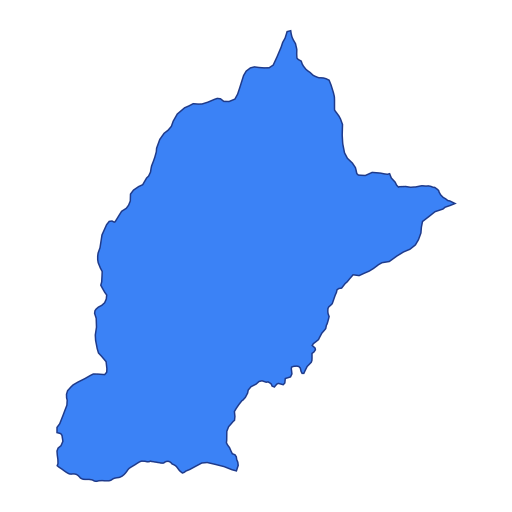 Udzorong, Tashigang, Bhutan
{"feature_id": "84629894B96484165118210", "entity_name": "Udzorong", "entity_type": "district", "adm_level": 2, "iso_a3": "BTN", "parent_name": "Bhutan", "parent_adm1": "Tashigang", "projection": "equal_earth", "projection_center": [91.44, 27.228], "detail": "fine", "context": "isolated", "style": "filled", "palette": "blue", "viewbox_px": 512, "rotation_deg": 0, "n_neighbors": 0, "source": "geoboundaries", "source_scale": "gbopen_adm2", "svg_char_len": 5086}
<svg xmlns="http://www.w3.org/2000/svg" viewBox="0 0 512 512"><path d="M101.7,281.9L100.8,285.2L102.5,288.4L104.8,292.4L106.7,295.0L106.3,299.0L104.6,302.8L101.7,305.4L98.4,307.1L96.1,309.1L95.0,310.7L94.6,313.3L96.2,318.3L96.5,327.2L95.3,335.0L95.6,340.3L97.2,348.6L98.5,353.0L101.5,356.2L106.1,361.7L106.9,368.8L106.7,372.2L104.7,374.6L98.0,374.1L93.3,374.0L90.3,375.5L84.9,378.6L77.9,382.1L73.1,384.9L71.0,386.9L67.6,390.7L66.5,394.3L66.6,397.9L67.2,400.1L66.9,405.2L64.9,410.4L63.1,415.2L59.7,423.8L57.0,427.4L57.0,429.6L57.0,432.6L60.7,433.6L62.0,435.4L62.9,441.3L61.0,445.7L58.1,448.1L57.0,451.0L57.3,455.2L57.9,459.5L58.0,463.6L57.2,465.7L58.9,467.1L62.2,469.3L63.8,470.5L65.9,472.0L67.7,473.1L69.3,473.9L71.1,474.1L72.8,473.9L74.0,473.9L75.2,474.1L76.4,474.4L78.1,475.5L78.8,476.2L79.6,477.0L80.4,478.0L82.3,479.0L83.6,479.3L85.4,479.4L89.1,479.4L91.8,479.8L92.7,480.1L94.1,480.9L95.1,481.2L96.5,481.3L98.0,481.0L98.9,480.7L100.0,480.7L101.7,480.6L102.6,480.6L103.6,480.7L104.7,480.8L105.6,480.8L106.7,480.8L108.9,480.8L110.8,480.3L112.9,478.9L114.5,478.2L117.0,477.7L118.2,477.6L119.7,477.3L120.9,476.7L122.0,476.2L124.1,474.5L125.5,473.0L126.9,471.2L127.6,470.1L128.4,469.1L129.2,468.3L131.0,467.1L135.2,464.6L137.3,463.2L139.5,461.9L140.7,461.4L141.9,461.1L142.9,461.2L143.9,461.2L145.2,461.3L146.3,461.6L147.4,461.8L149.1,461.7L150.6,461.1L151.6,461.5L153.5,461.7L154.8,462.0L156.0,462.1L157.0,462.3L157.9,462.5L159.7,462.7L160.6,463.0L162.6,463.1L163.7,463.0L164.9,462.1L166.2,461.5L167.7,461.3L168.7,461.4L170.1,462.0L171.2,462.9L172.0,463.9L173.8,464.7L175.2,465.5L176.4,466.5L177.4,467.8L178.2,468.9L179.0,470.0L180.2,471.3L182.4,473.0L184.1,472.4L186.0,471.0L189.7,469.5L195.4,466.4L201.8,463.0L207.2,462.5L215.0,464.3L224.1,466.6L231.9,469.7L236.4,470.9L237.3,468.1L238.2,465.4L237.8,462.2L236.7,459.6L236.3,456.8L235.0,454.8L232.3,453.7L231.0,451.1L229.5,447.6L227.7,445.2L226.4,442.8L226.7,440.2L226.8,431.3L228.6,426.7L230.9,424.1L233.1,421.5L234.5,420.3L234.9,416.5L234.4,411.5L236.3,408.3L238.9,404.5L241.9,400.7L243.0,400.0L245.4,397.3L247.6,393.1L248.2,390.1L251.0,386.7L256.1,384.1L259.0,381.5L262.0,380.8L264.4,381.6L266.2,382.2L268.1,381.9L270.1,383.1L271.3,384.1L272.1,386.1L274.4,387.0L275.5,385.6L277.0,384.0L278.3,383.4L280.0,383.8L283.2,384.7L284.8,383.0L285.1,380.1L285.3,378.5L288.0,377.7L290.5,376.9L291.9,373.9L291.6,371.1L291.3,368.7L291.6,367.1L293.1,366.5L294.0,366.3L296.8,366.1L298.8,366.5L300.3,368.1L301.1,371.5L302.1,373.4L303.8,373.4L305.0,370.8L307.2,366.4L309.2,364.4L311.3,362.2L311.9,360.4L312.0,358.2L312.0,357.0L312.0,355.2L312.0,353.4L313.9,352.0L315.4,349.8L315.1,348.1L312.2,345.5L313.3,343.7L315.5,342.0L318.5,339.6L319.3,337.9L321.8,333.2L325.0,329.5L325.7,328.6L326.4,325.2L327.1,323.9L327.8,321.6L328.5,319.0L329.1,316.5L328.6,315.2L328.0,313.4L327.8,311.4L327.9,308.6L328.8,306.8L330.6,305.3L332.2,303.7L332.9,301.8L334.1,298.3L335.3,294.9L336.4,292.5L337.0,289.8L338.8,288.5L341.6,288.1L345.2,283.5L347.1,281.9L349.6,278.8L353.1,274.8L354.8,275.0L359.1,275.6L364.3,273.2L369.2,271.1L373.7,268.3L378.6,264.6L382.0,262.7L389.3,261.5L396.9,256.0L403.6,251.9L410.0,249.2L415.4,244.9L418.5,239.6L420.9,233.0L421.4,227.1L422.5,221.5L429.6,216.0L435.0,211.7L443.0,209.0L445.1,207.2L450.1,205.5L455.0,203.5L449.7,200.9L447.9,200.6L445.7,198.9L443.0,197.3L440.6,194.8L439.1,192.1L438.6,190.5L437.2,189.2L434.7,187.4L433.1,187.3L430.9,186.4L428.4,185.9L426.0,186.1L422.6,185.8L421.6,185.8L419.9,186.1L415.4,187.0L414.1,187.0L410.6,187.3L405.6,186.5L399.4,186.7L398.5,187.1L396.7,185.3L395.1,182.1L391.3,178.0L389.6,173.7L387.5,174.3L384.5,173.9L380.4,173.1L372.2,172.4L365.3,175.5L358.4,175.1L356.8,173.6L356.0,169.9L355.4,167.6L352.4,163.1L347.4,158.3L344.5,152.8L342.8,144.1L342.6,141.9L342.2,135.1L342.5,124.5L340.5,119.0L338.9,116.0L334.6,110.2L334.5,108.8L334.5,103.6L334.5,100.4L334.4,97.2L334.2,96.0L333.4,92.6L331.1,85.2L329.1,80.2L326.0,78.7L323.5,78.0L320.9,77.8L319.4,77.8L318.3,77.6L317.5,77.3L315.1,76.3L313.9,75.7L313.0,75.2L310.1,72.5L307.7,70.8L305.9,69.3L303.4,66.1L302.2,64.0L301.2,61.1L299.2,60.0L298.0,59.3L296.9,58.0L296.7,53.7L296.8,49.7L296.5,48.0L296.0,46.0L295.5,43.7L293.3,39.9L292.4,38.0L291.8,36.4L291.1,33.4L290.7,30.7L287.1,31.6L286.3,34.3L285.1,38.1L282.7,42.4L281.2,47.0L277.1,56.7L273.2,65.1L269.1,67.8L264.1,67.9L258.9,67.5L254.4,66.9L250.4,67.9L246.2,71.1L243.6,75.5L241.8,81.2L239.6,88.2L237.6,94.2L234.9,99.1L229.1,101.5L223.8,101.4L220.5,98.8L217.3,98.4L214.4,99.4L207.8,102.2L202.0,104.0L198.3,104.1L193.2,103.7L189.2,105.8L184.6,107.8L177.3,114.0L173.2,121.2L171.4,126.3L168.2,130.1L164.1,133.3L159.8,139.4L156.6,148.2L156.3,151.9L154.8,157.3L153.4,161.3L151.6,165.9L151.1,168.3L150.5,172.1L148.6,176.1L146.6,178.0L144.5,181.6L142.7,184.7L138.6,186.6L133.5,190.1L130.5,194.1L130.3,201.0L128.6,205.2L126.3,208.3L121.6,211.3L119.1,215.3L116.9,218.9L115.4,221.3L114.7,222.1L113.7,221.9L112.0,221.0L109.2,221.4L106.6,224.7L102.0,234.9L100.0,247.8L98.1,253.1L97.7,256.2L97.7,259.6L98.2,262.7L100.4,268.1L102.2,271.5L102.0,276.3L101.7,281.9Z" fill="#3b82f6" stroke="#1e3a8a" stroke-width="1.5"/></svg>